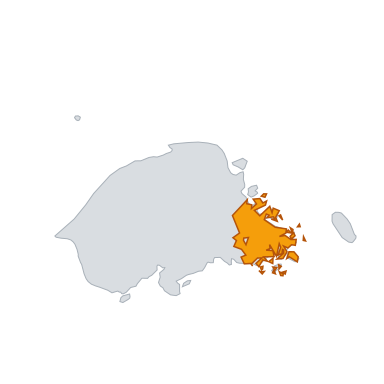 where South Jeolla sits in South Korea, rotated 253°
{"feature_id": "KOR-2506", "entity_name": "South Jeolla", "entity_type": "Metropolitan City", "adm_level": 1, "iso_a3": "KOR", "parent_name": "South Korea", "parent_adm1": "", "projection": "albers", "projection_center": [126.652, 34.734], "detail": "medium", "context": "in_parent", "style": "filled", "palette": "amber", "viewbox_px": 384, "rotation_deg": 253, "n_neighbors": 0, "source": "natural_earth", "source_scale": "10m", "svg_char_len": 5081}
<svg xmlns="http://www.w3.org/2000/svg" viewBox="0 0 384 384"><g transform="rotate(253 192 192)"><path d="M117.6,93.1L118.9,92.1L119.0,90.7L119.0,86.0L122.7,82.7L127.9,75.9L130.4,72.3L133.3,68.8L136.7,66.5L140.0,65.4L145.2,64.9L155.1,65.3L157.1,64.8L164.0,64.4L165.6,65.0L170.7,65.3L176.2,64.8L179.0,63.8L181.6,62.1L183.8,59.0L186.1,53.3L188.5,48.8L190.0,48.0L200.6,71.4L210.7,86.5L219.3,97.5L231.8,118.5L235.6,129.8L236.1,136.9L238.4,146.6L236.8,152.2L237.6,161.0L237.0,165.5L235.6,168.9L235.7,175.3L236.3,178.7L236.4,183.2L237.4,185.0L238.8,185.6L241.0,183.9L243.7,183.1L243.4,188.6L240.5,202.5L237.9,212.6L234.2,221.5L229.5,229.6L223.6,232.9L219.4,234.1L211.4,234.7L204.8,233.5L199.1,234.6L196.8,236.3L195.2,239.2L196.5,243.6L196.4,246.8L193.9,246.6L189.0,244.8L183.7,244.6L181.1,243.7L178.5,239.1L175.9,239.3L171.5,242.1L164.6,242.8L162.2,244.3L161.4,246.3L162.4,248.7L165.9,251.9L164.8,255.2L161.2,256.9L158.2,252.9L156.3,249.0L154.3,248.8L151.1,249.9L150.5,254.2L152.0,257.1L154.5,260.4L151.1,264.3L150.2,267.0L147.8,269.0L141.2,264.7L142.1,261.6L144.9,258.5L145.3,255.4L144.3,253.6L134.9,261.5L129.1,270.4L126.0,269.8L124.7,267.5L122.9,266.6L116.6,272.3L115.4,276.9L113.1,277.0L112.1,275.1L112.0,271.0L110.9,267.5L104.4,262.4L101.5,258.0L103.1,255.5L108.5,256.9L112.8,256.7L112.0,254.6L110.6,253.6L113.4,252.4L115.8,250.0L113.8,249.3L110.8,250.7L108.3,250.0L107.3,244.2L104.3,238.2L102.7,232.5L105.7,229.1L107.3,224.0L110.1,216.5L111.5,214.1L115.4,212.3L116.7,210.4L114.6,209.4L111.2,208.5L111.3,206.3L113.6,205.1L116.2,202.8L121.2,199.9L122.7,194.4L121.3,193.0L118.2,191.7L118.9,189.0L120.2,186.9L119.7,185.6L116.0,182.0L113.6,178.8L114.3,175.1L113.8,169.5L114.1,164.8L114.0,162.3L112.2,156.5L111.4,150.8L109.1,151.6L107.2,153.1L100.4,151.0L98.3,150.9L97.5,146.6L99.9,141.4L105.6,136.8L108.9,136.2L111.4,134.2L115.2,133.5L119.9,136.7L124.0,137.3L126.3,142.7L127.7,143.9L128.0,141.9L131.4,139.5L132.2,137.8L131.4,136.8L127.6,135.8L124.1,129.1L123.6,126.2L122.4,124.3L124.2,118.9L120.2,112.8L118.3,110.9L118.6,105.4L116.5,101.8L115.4,99.9L114.7,96.6L115.3,95.1L117.1,94.5L117.6,93.1ZM103.9,334.9L102.0,336.0L100.1,335.3L99.6,334.8L97.4,331.7L96.8,330.2L98.3,327.2L104.5,322.3L120.3,317.6L123.2,317.4L129.4,319.4L130.7,323.2L129.6,326.5L128.2,328.7L120.9,332.4L115.3,334.1L103.9,334.9ZM209.4,250.4L205.3,253.8L199.7,249.5L198.4,247.1L202.5,243.4L206.0,239.3L208.3,239.0L209.4,250.4ZM180.0,250.5L179.6,255.7L176.5,256.0L174.6,252.7L172.7,254.4L171.6,254.4L170.1,250.3L169.8,247.0L173.3,244.5L175.5,246.0L178.7,246.7L180.0,250.5ZM100.1,274.0L97.3,274.8L95.7,273.0L94.6,272.5L95.2,270.1L99.8,265.4L100.7,263.8L104.9,264.8L106.5,267.3L104.5,271.1L100.1,274.0ZM112.9,95.5L112.7,102.5L110.3,102.2L108.8,101.5L108.1,100.1L106.5,93.6L108.3,91.0L111.7,93.1L112.9,95.5ZM97.5,254.9L96.9,256.2L95.0,255.8L93.0,252.1L92.3,249.2L90.3,247.6L93.4,245.1L97.3,249.6L97.5,254.9ZM108.4,161.5L107.8,164.9L105.0,162.6L104.2,155.1L107.1,157.3L108.4,161.5ZM298.1,105.4L296.2,107.1L293.9,105.6L293.6,103.9L294.7,102.4L297.4,101.4L298.7,102.7L298.1,105.4ZM122.8,275.5L123.6,278.0L120.0,277.5L118.1,275.1L118.4,273.0L120.5,272.7L122.8,275.5ZM168.5,260.8L168.0,262.4L165.8,260.0L167.9,257.2L168.5,260.8Z" fill="#d9dde1" stroke="#a8b0b8" stroke-width="1"/><path d="M168.5,242.6L164.8,240.9L162.3,245.4L158.8,244.0L161.7,250.2L167.3,248.4L165.9,255.0L160.8,256.5L161.6,260.7L158.0,258.4L156.2,246.3L149.4,249.9L155.6,262.2L148.8,262.5L152.8,264.9L148.6,270.0L143.4,264.6L139.0,265.0L142.9,259.9L142.0,263.2L144.4,262.7L145.5,256.2L147.3,259.0L149.2,256.6L144.4,253.0L134.0,261.2L129.1,271.5L125.3,269.8L123.9,262.6L123.2,268.3L117.6,272.7L116.2,277.8L110.8,275.2L112.5,271.8L110.4,267.4L113.5,263.8L107.0,265.4L101.8,259.6L103.0,253.7L106.6,261.7L109.7,262.7L110.6,261.8L106.8,260.0L106.5,256.0L113.3,260.7L117.1,260.3L105.8,254.0L119.0,250.8L115.1,250.1L114.7,245.9L112.3,252.2L106.2,251.7L109.0,241.6L103.7,243.9L106.3,239.8L101.1,234.1L105.0,232.3L108.5,239.6L109.7,235.3L105.9,227.9L103.5,228.3L106.5,227.2L108.0,221.0L115.4,219.9L115.9,225.0L122.7,222.6L127.7,216.1L132.6,220.3L136.3,217.8L138.9,225.5L157.7,223.8L168.5,242.6ZM132.8,228.0L130.6,227.1L125.8,228.2L132.0,232.7L132.8,228.0ZM106.5,267.3L105.0,272.0L99.0,274.6L94.4,272.3L101.6,266.0L100.7,263.2L106.5,267.3ZM123.3,277.3L120.0,277.7L118.1,273.3L120.9,272.9L123.3,277.3ZM138.7,270.5L143.8,268.2L144.2,270.0L138.7,270.5ZM167.7,257.1L169.3,260.0L168.4,262.7L165.7,260.3L167.7,257.1ZM94.9,237.9L93.1,235.2L97.3,233.0L95.6,234.2L94.9,237.9ZM103.0,245.0L104.9,250.1L100.0,248.3L103.0,245.0ZM123.8,274.9L125.9,270.4L127.5,272.9L123.8,274.9ZM90.3,252.2L86.9,255.3L85.3,254.5L86.2,252.4L90.3,252.2ZM91.2,245.4L93.5,247.4L89.4,247.8L91.2,245.4ZM97.1,253.6L94.8,255.6L93.0,252.8L97.1,253.6ZM88.9,255.0L88.9,258.8L86.3,257.1L88.9,255.0ZM95.0,251.0L92.9,248.5L96.6,247.4L95.0,251.0ZM100.2,238.1L97.7,237.0L97.0,235.6L100.3,235.4L100.2,238.1ZM129.0,275.6L126.6,277.6L123.0,275.9L129.0,275.6ZM127.9,282.7L129.9,285.3L127.2,285.3L127.9,282.7ZM113.2,284.2L116.7,285.6L112.0,286.3L113.2,284.2Z" fill="#f59e0b" stroke="#b45309" stroke-width="1.5"/></g></svg>